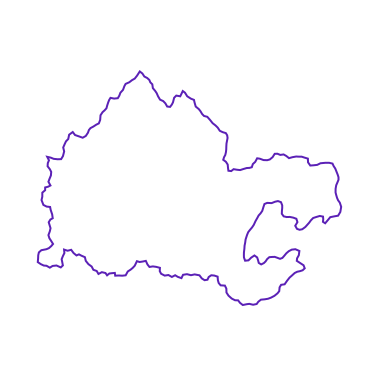 Nepomuceno, Minas Gerais, Brazil (Mercator projection), rotated 103°
{"feature_id": "56859067B35796848931723", "entity_name": "Nepomuceno", "entity_type": "district", "adm_level": 2, "iso_a3": "BRA", "parent_name": "Brazil", "parent_adm1": "Minas Gerais", "projection": "mercator", "projection_center": [-45.258, -21.211], "detail": "fine", "context": "isolated", "style": "outline", "palette": "violet", "viewbox_px": 384, "rotation_deg": 103, "n_neighbors": 0, "source": "geoboundaries", "source_scale": "gbopen_adm2", "svg_char_len": 4537}
<svg xmlns="http://www.w3.org/2000/svg" viewBox="0 0 384 384"><g transform="rotate(103 192 192)"><path d="M132.7,65.0L133.6,68.8L135.1,73.3L137.4,76.1L138.5,79.2L139.6,82.7L137.0,85.6L133.4,86.6L133.2,89.9L132.9,93.2L133.5,95.7L134.0,98.5L135.5,102.0L137.2,105.1L135.7,108.2L134.8,111.2L136.0,114.3L135.5,117.4L136.2,120.0L139.9,121.3L142.8,123.5L144.1,125.9L144.8,129.5L144.3,133.4L144.5,136.1L148.5,137.2L151.1,139.0L154.4,139.3L155.6,141.5L156.3,144.0L158.1,147.2L159.8,150.0L160.2,153.2L160.4,156.6L162.8,158.5L163.1,161.3L160.8,162.2L157.2,163.4L154.9,165.8L153.6,168.8L150.9,168.6L148.4,167.9L145.5,167.9L142.9,168.2L139.9,168.8L137.0,169.3L131.3,169.5L128.8,170.5L127.0,172.3L126.8,175.5L126.1,178.7L123.5,181.4L121.9,184.0L120.3,187.4L117.9,190.4L115.3,194.0L115.2,197.4L113.7,199.7L111.4,201.9L109.7,204.0L107.9,207.6L104.3,209.6L101.8,210.8L101.3,214.1L99.8,218.2L96.8,221.2L95.7,223.7L98.4,224.3L101.4,225.0L101.6,229.0L104.2,230.6L108.9,230.7L111.3,231.3L114.0,232.5L114.3,235.4L111.6,237.9L109.9,240.5L109.2,243.9L106.4,246.6L103.7,248.6L101.8,250.6L99.6,253.5L96.0,254.9L94.5,257.3L92.4,258.8L91.0,261.3L90.2,264.4L87.7,267.0L86.3,270.0L91.0,271.7L94.4,273.3L96.5,275.6L99.2,277.8L101.6,281.0L104.1,281.7L108.0,282.2L111.4,284.1L114.5,284.5L117.3,285.4L118.5,288.9L118.6,292.6L120.9,293.4L123.5,293.8L126.9,294.1L129.7,294.2L132.2,295.6L134.3,297.1L137.8,298.4L142.4,297.7L146.1,298.2L147.9,300.4L150.4,302.8L152.6,305.3L154.8,306.4L157.6,306.7L161.3,308.1L163.7,310.7L163.2,315.0L162.8,318.8L160.4,321.7L163.8,324.6L168.2,324.5L171.0,326.2L173.8,326.8L177.6,327.5L181.2,325.7L186.0,325.8L189.4,326.9L190.3,330.2L190.8,334.2L190.3,337.4L190.3,341.0L193.3,338.5L196.3,339.0L199.4,338.5L201.8,335.6L204.1,333.7L207.6,333.2L211.2,333.8L214.3,334.2L217.5,331.4L219.2,333.4L220.6,336.1L223.3,335.5L226.3,337.7L230.3,336.8L233.7,336.8L238.0,333.9L238.9,330.4L238.5,326.9L241.2,325.7L245.3,323.2L248.9,321.8L250.7,323.8L253.7,324.8L256.5,323.2L259.1,321.7L262.4,321.7L266.3,322.2L269.2,320.5L271.1,318.5L273.9,315.7L276.4,317.0L278.9,318.8L280.5,321.0L282.6,325.7L285.3,327.6L288.2,327.6L291.4,327.0L295.0,326.5L296.3,323.1L297.0,319.9L296.6,317.2L297.7,313.5L295.4,311.2L294.1,307.5L295.0,302.9L292.6,301.3L289.2,302.8L286.8,303.9L283.6,303.4L280.2,302.6L276.9,303.7L277.2,300.0L275.5,296.7L278.1,293.7L279.8,290.3L278.2,288.1L278.9,285.5L279.6,281.7L283.0,280.0L285.6,276.7L287.2,273.0L290.0,270.6L290.4,267.1L292.9,264.7L290.4,261.8L290.4,258.1L292.3,256.0L290.0,254.2L289.0,251.4L288.2,249.0L290.8,248.0L289.9,244.8L289.2,241.0L288.1,237.9L283.9,236.7L281.4,234.3L279.3,232.7L276.7,231.2L271.8,230.1L272.0,227.3L270.8,224.3L269.5,221.5L272.6,219.1L274.6,216.6L273.3,213.4L273.0,210.1L273.1,206.2L276.4,205.6L278.6,203.7L279.6,199.8L278.2,196.3L279.3,192.5L276.9,189.7L277.9,186.7L278.3,182.9L274.7,182.1L273.2,178.4L273.3,174.3L271.7,170.9L271.5,166.0L274.0,163.0L275.1,159.9L274.0,157.2L271.1,156.6L268.8,154.5L268.4,151.5L268.7,148.0L272.2,146.9L274.7,145.5L276.5,143.1L275.8,138.9L278.4,136.8L282.2,135.8L284.8,133.1L286.9,129.3L287.8,125.7L287.2,122.7L289.2,120.3L290.7,117.1L289.0,113.4L288.1,111.0L288.1,107.1L286.6,103.8L284.0,102.7L281.4,100.6L280.2,97.0L278.9,93.9L277.2,91.3L274.6,88.3L271.5,85.9L269.0,84.7L265.2,85.2L262.4,84.3L261.1,81.0L257.1,79.4L253.5,77.7L250.7,75.7L247.8,73.7L246.0,71.5L244.9,69.1L243.4,66.6L241.0,65.0L238.3,66.8L236.9,70.6L235.5,74.4L233.0,74.7L229.6,73.7L225.3,74.1L224.5,78.4L225.7,81.8L227.9,84.4L230.5,86.3L233.7,87.9L235.9,89.1L237.3,91.2L236.9,94.1L236.6,96.8L237.3,99.4L238.1,102.0L240.5,103.7L243.1,104.7L245.1,106.0L247.0,108.3L246.1,111.0L243.4,112.4L241.1,113.8L239.8,116.9L242.7,119.6L245.9,121.6L247.0,124.8L244.0,126.7L241.6,127.3L239.2,127.8L235.5,128.2L232.5,128.7L229.3,128.8L226.2,129.1L221.5,128.7L218.5,128.2L216.1,127.1L213.0,125.5L210.1,124.4L206.2,123.6L202.5,122.5L199.9,121.8L197.4,120.4L194.6,119.3L190.4,119.0L187.4,118.7L185.7,116.3L184.9,111.9L182.8,108.9L181.5,106.2L181.9,103.0L184.7,101.1L187.3,100.5L189.8,100.2L193.0,99.6L195.1,97.2L195.1,94.1L194.3,91.1L194.2,87.6L194.6,84.3L197.6,82.5L201.7,83.8L204.3,81.4L204.6,78.7L203.5,76.2L200.6,73.7L197.7,72.1L195.5,70.9L192.9,69.8L190.1,68.1L188.4,65.3L186.6,62.1L186.5,58.8L189.0,58.0L191.6,57.7L192.5,55.2L189.0,53.4L185.4,51.6L183.6,47.6L182.2,44.3L178.1,43.0L172.9,43.3L169.1,45.6L167.2,47.8L165.0,49.4L162.7,50.7L160.2,52.0L156.6,52.8L153.0,53.0L149.6,52.4L147.1,52.0L144.6,52.6L142.4,53.9L139.5,55.9L136.9,57.7L134.9,59.8L132.7,61.5L132.7,65.0Z" fill="none" stroke="#5b21b6" stroke-width="2"/></g></svg>